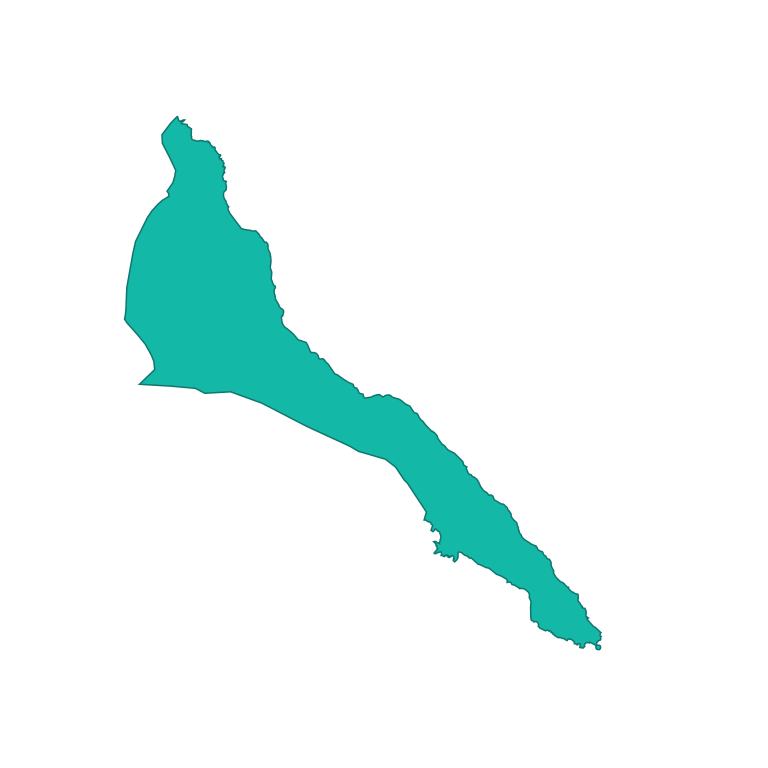 outline of Sima, Andjouân, Comoros, rotated 200°
{"feature_id": "10938185B89113061759376", "entity_name": "Sima", "entity_type": "district", "adm_level": 2, "iso_a3": "COM", "parent_name": "Comoros", "parent_adm1": "Andjouân", "projection": "albers", "projection_center": [44.321, -12.244], "detail": "fine", "context": "isolated", "style": "filled", "palette": "teal", "viewbox_px": 768, "rotation_deg": 200, "n_neighbors": 0, "source": "geoboundaries", "source_scale": "gbopen_adm2", "svg_char_len": 6150}
<svg xmlns="http://www.w3.org/2000/svg" viewBox="0 0 768 768"><g transform="rotate(200 384 384)"><path d="M650.1,356.3L646.2,353.4L633.3,346.5L622.0,339.8L612.4,331.5L608.0,326.5L604.4,319.1L613.7,300.1L583.2,309.2L559.8,315.4L549.2,314.0L525.5,324.2L492.0,324.2L441.6,317.7L395.5,313.9L384.9,312.0L356.9,313.8L344.7,309.9L331.9,300.5L328.5,299.1L300.4,278.2L299.8,269.9L298.0,270.4L297.0,270.3L296.4,269.7L292.7,269.9L291.9,268.6L290.7,268.3L289.9,267.7L289.8,262.5L287.5,262.0L286.9,263.6L286.5,263.7L286.3,265.4L285.5,265.4L283.2,264.2L281.5,264.2L278.9,261.0L277.7,258.6L278.0,256.9L277.6,255.8L277.7,254.1L277.3,253.1L278.2,253.4L279.6,253.0L280.7,253.6L282.1,253.6L283.4,252.9L280.7,251.5L279.6,249.7L278.7,249.6L277.9,247.7L277.1,247.5L278.9,243.1L279.1,242.2L278.8,241.9L277.4,242.2L275.4,244.3L273.0,245.8L271.8,244.1L271.7,242.4L270.1,243.0L269.7,242.5L268.9,242.4L268.4,242.4L268.4,243.3L267.3,243.7L267.6,244.3L267.1,244.7L265.9,244.9L265.6,244.1L265.2,244.6L264.7,244.2L263.5,244.2L264.1,243.2L263.5,243.2L262.9,243.6L263.3,244.3L263.0,244.8L262.0,244.7L261.5,246.0L259.9,246.0L259.1,245.0L259.0,243.8L258.3,243.8L258.3,243.2L258.8,242.3L258.6,241.8L256.8,241.0L255.4,243.7L255.1,246.3L256.7,250.7L256.4,251.5L255.5,252.0L253.0,252.1L252.4,251.6L249.6,250.7L247.1,250.8L243.9,249.6L242.4,250.3L233.7,246.8L232.4,247.1L225.3,246.4L223.0,246.8L220.0,246.1L213.4,243.7L208.1,243.6L201.5,242.4L200.4,239.6L198.6,240.9L196.7,240.7L195.1,239.3L192.6,239.6L187.7,238.7L186.9,238.2L186.4,238.1L186.4,238.7L184.9,238.8L182.3,239.6L177.5,238.0L175.3,236.0L174.7,233.6L173.9,232.3L171.7,230.2L171.1,228.9L170.0,224.5L165.8,213.9L164.6,212.3L163.1,212.3L161.7,211.6L160.1,212.8L158.0,212.5L156.4,210.7L156.3,209.2L154.0,207.9L147.8,207.3L146.8,208.4L145.2,208.5L144.4,208.1L143.5,208.9L142.9,208.9L142.3,208.6L142.1,207.6L140.4,207.9L139.7,206.8L135.2,205.4L133.9,205.3L132.8,205.4L132.3,206.0L128.6,206.0L127.9,206.4L125.5,205.6L124.1,205.6L123.7,207.6L122.0,207.7L121.4,208.2L117.1,207.0L116.4,205.1L115.3,205.5L113.3,204.9L112.7,205.3L112.8,206.5L110.6,206.8L109.9,203.4L108.1,203.7L108.0,204.1L106.8,203.8L105.6,206.0L106.5,207.4L105.8,209.9L103.4,211.0L102.4,210.8L102.0,211.8L95.4,210.9L94.6,208.4L93.4,207.5L91.1,207.8L90.1,209.2L90.4,210.7L91.2,211.9L92.1,212.1L94.6,211.5L95.7,213.1L95.8,213.7L94.9,215.1L95.0,215.9L93.1,217.4L93.1,218.7L93.9,220.0L93.6,221.0L94.4,221.0L95.0,221.5L95.4,223.7L95.0,224.5L102.6,227.7L104.1,227.7L112.1,232.0L112.4,233.5L111.9,234.1L113.2,234.4L113.4,233.4L115.2,235.5L115.5,237.9L116.2,238.5L116.3,239.6L118.4,241.9L119.3,241.6L121.2,241.7L121.5,242.7L123.9,244.0L125.4,245.6L127.0,246.0L128.1,247.7L128.1,249.1L129.7,252.7L133.3,252.4L134.7,253.0L136.8,252.9L140.7,254.9L141.0,256.1L142.2,255.9L144.7,256.9L146.0,257.8L147.2,258.0L147.8,258.5L149.3,258.6L149.7,258.3L154.5,260.3L156.7,261.5L159.8,264.1L160.6,265.6L160.5,266.3L164.5,270.0L166.3,274.0L168.6,275.8L170.0,275.6L172.1,276.3L172.9,277.5L175.0,277.9L176.5,278.9L177.0,280.1L177.6,280.4L178.8,280.6L179.6,280.3L182.9,281.0L184.3,282.9L185.6,283.1L186.0,284.0L188.0,283.6L189.5,284.0L191.3,283.9L192.3,284.4L198.4,285.7L201.7,287.1L203.9,289.4L205.7,290.3L206.8,292.2L207.4,292.3L208.8,295.3L209.6,295.7L211.8,299.0L215.8,300.7L218.9,302.7L220.3,305.5L222.8,307.4L224.6,308.2L225.9,309.9L230.3,311.8L231.7,311.8L232.4,311.3L240.8,312.9L243.4,315.9L245.7,316.3L247.5,315.4L250.2,317.1L253.1,317.6L254.6,318.3L258.3,320.8L261.3,324.0L264.1,326.2L267.3,327.3L269.2,327.2L271.1,328.5L272.8,328.3L274.4,329.1L277.7,332.6L277.8,334.4L281.1,334.9L283.5,338.1L294.1,343.0L301.7,344.0L306.2,346.8L308.8,347.2L314.5,351.1L316.5,353.6L320.3,355.7L321.9,355.8L322.3,356.2L323.0,355.9L330.9,359.7L334.7,362.2L336.9,362.9L339.2,364.3L342.1,367.2L343.9,367.7L344.9,367.3L346.3,367.7L352.2,372.1L357.0,372.5L362.2,374.4L364.7,374.9L371.2,374.4L374.0,375.4L375.8,375.4L378.3,374.1L380.6,371.4L384.6,372.5L386.5,371.7L389.5,369.5L391.3,367.5L397.0,364.2L398.8,365.0L400.1,367.2L404.2,366.9L406.9,369.8L407.9,370.3L408.1,370.8L409.9,370.5L411.4,371.1L412.9,373.1L418.1,373.4L424.5,374.8L431.0,376.7L433.7,376.7L443.0,383.4L446.0,384.7L448.8,386.5L450.1,386.8L452.7,385.5L453.7,385.6L456.0,388.5L458.1,389.6L460.3,389.7L463.1,388.6L464.9,389.9L468.8,394.2L471.3,396.4L479.8,396.2L486.3,399.9L493.3,402.6L496.4,403.4L498.6,404.7L500.7,406.7L503.3,411.7L503.4,412.6L502.5,413.1L502.9,417.4L503.6,418.7L504.9,419.5L507.0,419.9L508.9,420.9L509.8,422.3L514.9,426.5L516.2,429.2L518.7,432.6L519.5,435.6L519.0,437.0L519.3,438.3L520.0,438.9L521.7,439.2L525.9,444.2L527.7,450.7L530.7,454.4L532.1,460.5L534.1,465.0L535.8,467.8L539.5,471.7L540.0,473.8L541.2,475.9L543.2,477.0L544.6,476.4L549.3,479.8L550.9,480.1L552.2,481.7L556.7,484.0L557.8,483.8L559.4,482.8L561.9,482.7L567.5,481.5L571.3,481.3L587.2,491.6L590.4,494.8L590.8,496.2L590.5,497.4L591.7,497.9L594.5,500.7L595.2,501.9L596.5,502.7L598.8,505.1L600.1,508.5L600.0,509.8L598.9,512.2L598.8,513.1L599.7,515.8L601.6,518.7L601.4,520.3L602.4,520.6L603.5,520.1L605.1,520.8L605.4,522.2L606.4,523.0L607.0,524.5L606.6,526.0L607.0,527.7L606.1,527.8L606.0,528.1L607.4,529.9L607.2,533.0L608.0,533.6L609.6,533.1L609.8,533.9L609.3,534.5L610.1,535.8L609.8,536.7L611.6,537.8L611.7,538.6L613.4,538.6L613.8,540.2L615.2,539.2L615.8,540.1L616.5,540.3L616.6,541.2L615.9,541.7L615.7,543.1L616.0,543.4L617.7,543.0L620.9,544.8L621.1,545.4L622.0,545.4L623.0,546.4L623.3,547.9L624.1,548.7L624.9,548.6L625.1,547.9L626.4,547.9L627.2,548.9L628.4,549.2L629.3,549.9L629.7,550.8L630.8,551.4L631.7,550.9L632.0,552.0L633.7,551.7L634.8,550.6L637.0,550.6L639.5,550.1L642.7,548.3L647.7,548.0L648.8,549.0L649.5,550.8L650.3,551.3L650.2,552.1L650.8,552.9L650.9,554.4L651.8,555.5L651.7,556.8L652.3,557.9L656.8,558.9L657.8,560.5L663.2,559.4L663.9,559.9L664.0,560.7L662.6,561.6L661.6,563.9L662.7,563.6L665.5,561.1L666.2,561.1L667.1,561.6L669.5,564.6L669.9,564.5L673.7,556.0L677.9,542.3L674.6,534.4L662.4,523.1L652.8,513.5L651.7,507.8L651.2,501.0L653.8,490.9L651.7,489.5L650.2,487.0L655.1,480.8L657.9,475.6L661.3,467.3L663.3,459.3L666.2,433.0L664.6,420.6L658.6,386.4L652.0,365.8L650.5,359.8L650.1,356.3Z" fill="#14b8a6" stroke="#0f766e" stroke-width="1.5"/></g></svg>